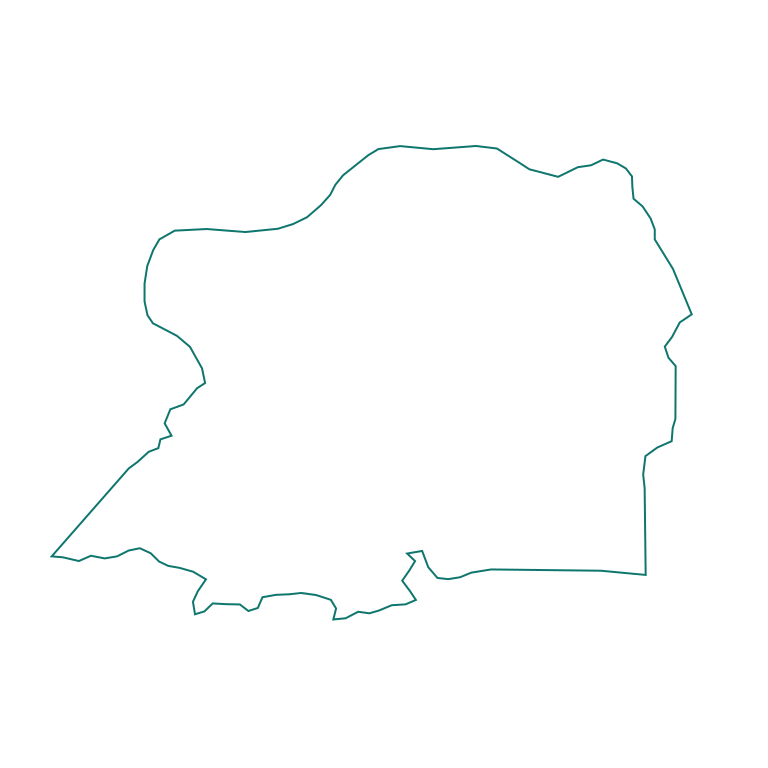 São José da Laje, Alagoas, Brazil, rotated 11°
{"feature_id": "56859067B95823452257681", "entity_name": "São José da Laje", "entity_type": "district", "adm_level": 2, "iso_a3": "BRA", "parent_name": "Brazil", "parent_adm1": "Alagoas", "projection": "albers", "projection_center": [-36.053, -8.988], "detail": "fine", "context": "isolated", "style": "outline", "palette": "teal", "viewbox_px": 768, "rotation_deg": 11, "n_neighbors": 0, "source": "geoboundaries", "source_scale": "gbopen_adm2", "svg_char_len": 1592}
<svg xmlns="http://www.w3.org/2000/svg" viewBox="0 0 768 768"><g transform="rotate(11 384 384)"><path d="M175.1,481.0L174.7,490.0L166.0,495.4L156.8,507.7L149.6,515.5L90.7,616.6L101.9,615.4L118.3,616.0L129.1,608.5L143.1,608.5L154.9,604.1L165.1,596.2L175.7,591.8L187.4,594.7L197.1,601.2L206.8,603.7L218.5,603.5L232.5,604.7L246.5,609.7L240.8,622.9L238.0,634.2L242.4,646.1L251.1,641.5L257.7,632.1L271.3,630.2L284.6,627.9L294.2,632.7L302.9,627.9L305.4,616.5L318.1,611.6L331.1,608.5L342.3,605.0L357.5,604.1L373.0,606.0L379.8,613.5L379.2,624.8L391.0,621.3L402.1,612.5L413.3,611.9L422.0,607.5L433.8,599.7L447.2,596.2L456.5,589.9L449.3,582.6L439.4,573.6L444.4,562.3L448.3,551.9L439.1,546.0L453.3,540.6L462.4,555.4L473.5,564.2L484.3,563.3L495.5,559.2L505.7,552.5L524.5,545.6L632.6,525.9L677.3,521.5L659.7,436.4L655.7,423.5L654.4,404.9L664.4,394.2L677.3,385.2L675.8,372.3L676.7,362.6L666.9,310.8L658.2,303.9L652.5,293.7L657.8,282.8L662.6,267.1L672.8,256.9L645.7,215.9L622.2,190.4L620.3,180.6L614.1,170.6L603.9,160.3L593.6,154.5L590.2,143.2L587.8,132.9L580.4,126.3L570.9,122.9L556.2,121.9L545.5,129.8L532.9,134.2L515.4,147.4L485.7,145.5L476.4,141.7L449.9,131.3L428.9,132.8L387.6,144.1L354.4,147.4L333.6,154.5L324.9,162.4L304.0,186.9L298.2,197.8L295.1,208.6L288.0,220.5L276.6,235.0L264.1,244.4L250.1,251.9L218.8,261.3L180.4,265.7L149.3,273.4L135.9,284.9L131.9,296.6L129.1,313.3L129.8,331.1L133.2,348.7L138.7,361.6L145.6,368.5L171.7,376.3L186.5,384.6L202.4,403.4L208.2,417.2L201.4,423.7L191.2,442.3L179.1,449.6L176.2,464.5L185.3,475.3L175.1,481.0Z" fill="none" stroke="#0f766e" stroke-width="2"/></g></svg>